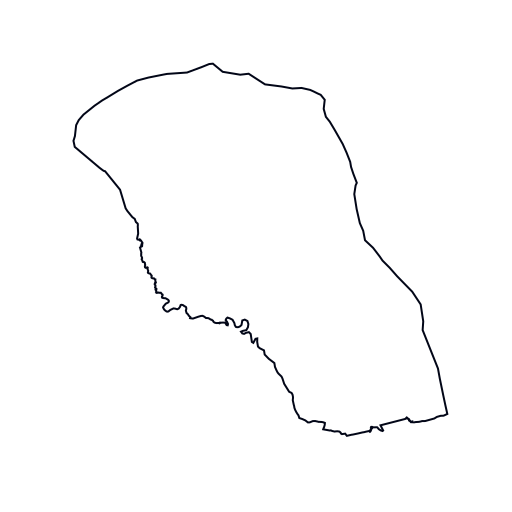 outline of Ifugao, Ifugao, Philippines, rotated 78°
{"feature_id": "2640588B2684850326122", "entity_name": "Ifugao", "entity_type": "district", "adm_level": 2, "iso_a3": "PHL", "parent_name": "Philippines", "parent_adm1": "Ifugao", "projection": "mercator", "projection_center": [121.288, 16.824], "detail": "fine", "context": "isolated", "style": "outline", "palette": "ink", "viewbox_px": 512, "rotation_deg": 78, "n_neighbors": 0, "source": "geoboundaries", "source_scale": "gbopen_adm2", "svg_char_len": 5840}
<svg xmlns="http://www.w3.org/2000/svg" viewBox="0 0 512 512"><g transform="rotate(78 256 256)"><path d="M75.4,382.6L81.8,395.3L86.2,401.1L90.6,404.7L101.1,408.2L105.4,410.6L111.6,410.6L137.2,390.7L140.2,388.1L141.1,387.2L141.7,386.0L162.9,375.2L182.3,373.6L185.4,372.4L192.2,368.9L194.5,366.9L197.8,366.4L199.7,365.0L200.2,365.0L201.5,365.2L202.4,365.5L209.6,366.6L214.2,368.7L214.7,368.6L215.2,368.5L215.9,366.8L215.6,366.6L215.5,366.3L215.6,366.2L215.8,366.0L216.0,366.0L216.2,366.3L216.3,366.4L216.4,366.5L216.6,366.4L216.6,366.2L216.6,365.9L216.9,365.7L216.9,365.4L217.0,365.2L217.3,365.2L217.7,365.0L218.2,364.8L218.4,364.8L218.9,364.5L219.1,364.4L219.3,364.4L219.6,364.3L219.9,364.4L220.0,364.5L220.2,364.8L220.2,365.0L220.4,365.1L220.5,365.3L220.8,365.2L221.0,365.4L221.2,365.2L221.1,364.9L221.5,365.0L221.8,365.1L221.7,365.3L221.8,365.6L221.8,365.8L222.2,365.7L222.4,365.8L222.5,366.2L222.9,366.0L223.0,366.6L223.3,367.0L223.5,367.2L223.6,367.7L228.8,367.4L229.6,367.8L230.3,367.8L231.1,368.2L232.5,368.2L233.0,368.0L233.9,367.8L234.6,367.9L235.0,368.3L235.3,368.5L235.8,368.5L236.6,368.1L237.6,368.1L238.2,368.0L238.4,367.8L238.7,366.7L239.1,366.4L239.7,366.1L240.9,366.3L241.4,366.2L242.0,366.3L242.6,366.7L243.4,366.9L244.0,366.9L244.5,366.5L244.7,366.2L244.7,365.8L244.4,364.8L244.7,364.4L244.9,364.3L245.2,364.4L245.9,364.7L246.5,364.8L247.9,364.5L248.6,364.7L249.6,365.2L250.1,365.1L250.5,364.7L251.0,363.7L251.1,363.3L251.4,363.1L252.0,362.9L252.7,362.6L253.1,362.3L253.7,362.1L254.1,362.2L254.5,362.5L254.9,362.7L255.5,362.7L256.0,362.3L256.3,361.8L256.5,361.2L256.6,360.7L256.8,360.3L257.3,360.2L257.7,359.8L257.9,359.6L258.0,359.3L258.5,359.4L259.0,359.6L259.8,359.7L260.4,359.5L261.0,359.4L261.4,359.7L261.6,360.0L261.5,360.5L262.5,361.0L263.1,360.9L263.6,360.5L264.3,360.5L264.7,360.6L265.5,361.2L265.9,361.3L266.5,361.0L266.9,360.5L267.4,360.2L267.8,360.3L268.1,360.6L268.3,361.2L268.8,360.9L269.6,360.8L270.0,360.8L270.2,361.0L270.5,361.3L270.7,361.2L271.3,361.1L271.5,360.7L271.5,360.2L271.4,359.8L271.4,359.3L271.6,359.1L271.6,358.6L271.8,358.3L272.0,357.9L272.1,357.3L272.1,356.8L272.7,356.4L273.8,356.0L274.3,355.4L274.8,355.4L275.1,355.7L275.9,356.0L276.1,356.4L276.6,356.6L277.4,356.4L278.2,354.6L278.4,353.5L279.0,352.7L280.5,351.1L281.4,350.6L282.3,350.7L283.0,351.2L283.3,351.9L283.9,354.2L286.2,357.1L287.1,357.6L289.2,357.0L290.4,356.2L291.7,355.0L292.1,353.8L291.9,352.9L291.4,352.0L290.9,350.9L290.1,347.6L290.5,346.5L290.8,345.7L291.1,345.3L291.7,344.1L291.4,342.6L290.4,341.4L289.7,340.7L288.9,340.3L288.3,339.9L288.2,339.2L288.4,338.6L288.9,337.6L289.4,337.1L290.2,336.5L290.8,335.6L291.4,335.1L292.5,335.0L293.6,335.3L294.6,335.9L296.0,335.9L297.6,335.7L298.3,335.0L299.4,334.5L300.3,334.2L301.1,333.7L302.2,332.9L303.1,333.4L303.4,332.7L304.1,330.7L303.4,325.1L303.2,322.3L303.4,320.7L304.6,319.2L306.3,317.8L306.5,316.7L307.0,315.3L307.6,314.7L308.4,313.9L309.0,313.1L309.1,312.6L309.7,312.2L310.4,311.5L311.4,311.3L312.1,310.8L312.7,310.1L313.1,309.3L313.3,308.8L313.5,308.2L313.6,307.3L313.8,306.5L314.3,305.7L314.2,305.4L313.7,305.6L313.6,305.2L313.7,304.8L314.0,304.0L314.1,302.9L314.7,300.1L317.5,299.1L317.9,298.1L316.7,297.5L314.4,298.0L312.4,299.0L311.1,298.1L310.3,296.7L311.6,294.5L313.5,292.2L317.1,291.1L319.2,291.1L321.1,290.5L321.7,289.4L321.9,287.8L321.4,286.0L320.4,284.5L318.2,283.6L316.2,282.8L315.9,280.2L317.8,277.9L321.0,277.6L324.0,278.7L326.5,280.9L326.5,284.3L326.9,286.4L328.9,285.5L329.7,283.8L329.1,281.9L329.0,278.8L331.2,277.4L339.2,277.9L340.4,276.7L336.9,273.7L336.9,271.9L340.3,272.7L345.0,272.9L346.9,271.6L350.0,267.8L354.2,268.0L359.3,264.8L364.5,260.3L366.8,260.4L368.4,260.5L372.2,259.7L374.4,259.1L375.8,258.4L379.2,256.1L381.3,255.6L386.9,255.0L395.7,251.8L397.3,249.7L399.1,249.1L401.1,249.1L402.5,249.3L404.6,250.0L405.7,250.0L409.4,250.0L410.5,249.9L412.5,250.0L414.6,249.7L417.2,249.0L419.4,248.2L420.6,247.6L423.5,247.3L425.1,244.6L427.1,241.9L429.6,239.8L429.9,238.0L429.3,234.8L429.7,232.5L430.8,230.1L431.2,229.4L431.9,226.6L432.5,225.0L433.0,224.4L433.2,223.8L433.6,223.3L435.5,223.9L437.4,224.9L438.8,225.9L439.5,226.3L442.1,220.0L442.1,219.1L443.0,217.9L443.5,216.8L444.1,215.5L444.1,214.6L444.4,212.7L445.1,210.9L446.4,209.9L447.2,209.9L448.1,209.0L448.3,205.7L450.8,204.5L450.7,199.7L450.8,198.4L450.8,195.3L450.8,193.0L450.7,188.7L450.8,186.8L450.7,184.9L450.7,181.2L451.4,181.3L451.7,181.1L451.6,180.8L451.0,180.2L450.4,179.8L450.2,180.1L449.6,180.1L449.1,179.6L448.8,179.4L448.8,179.0L448.8,178.4L448.5,178.1L448.2,178.0L447.8,178.3L447.6,178.8L447.4,179.1L447.1,178.9L447.2,178.1L448.0,176.8L448.7,173.2L448.8,173.0L450.9,171.9L452.6,170.2L453.5,168.6L453.1,167.9L447.5,169.4L446.4,143.9L445.3,142.2L445.6,142.0L445.8,142.1L445.7,141.7L445.9,141.5L446.2,141.5L446.5,141.7L446.6,141.4L446.8,141.3L447.0,141.0L447.1,140.6L447.2,140.4L447.5,140.3L447.7,140.5L448.4,140.5L448.4,140.2L448.8,140.2L449.0,140.2L449.3,140.0L449.2,139.6L450.3,139.2L450.3,138.3L450.3,138.0L450.9,138.4L451.0,138.0L451.6,135.9L451.6,134.6L452.1,131.1L452.1,129.1L452.0,127.9L452.6,124.8L452.0,115.3L451.0,112.6L450.7,108.6L451.2,105.7L450.3,101.7L440.9,101.8L431.1,101.8L414.0,101.7L403.9,101.4L363.1,108.4L354.7,106.0L337.6,105.0L323.4,110.6L305.1,122.2L295.3,127.7L286.8,133.2L282.2,135.1L272.3,139.8L263.7,145.8L263.2,146.1L253.6,145.9L245.4,147.6L231.0,147.8L215.9,147.0L207.7,143.9L205.4,142.2L195.9,143.7L188.7,144.5L183.5,144.3L173.9,145.9L164.5,147.9L149.1,152.8L140.0,155.9L134.4,158.7L126.2,159.2L117.5,156.3L111.8,159.2L110.0,161.7L107.0,165.5L104.8,168.5L101.1,176.5L99.7,185.6L95.5,195.8L90.0,211.5L76.2,225.3L75.4,233.7L68.9,250.3L58.9,258.2L58.5,261.9L59.8,269.2L62.2,285.3L61.5,290.3L59.4,305.1L59.3,308.8L59.1,324.1L59.6,334.3L59.7,335.9L62.7,346.5L65.8,356.7L69.8,368.0L71.8,374.0L75.4,382.6Z" fill="none" stroke="#020617" stroke-width="2"/></g></svg>